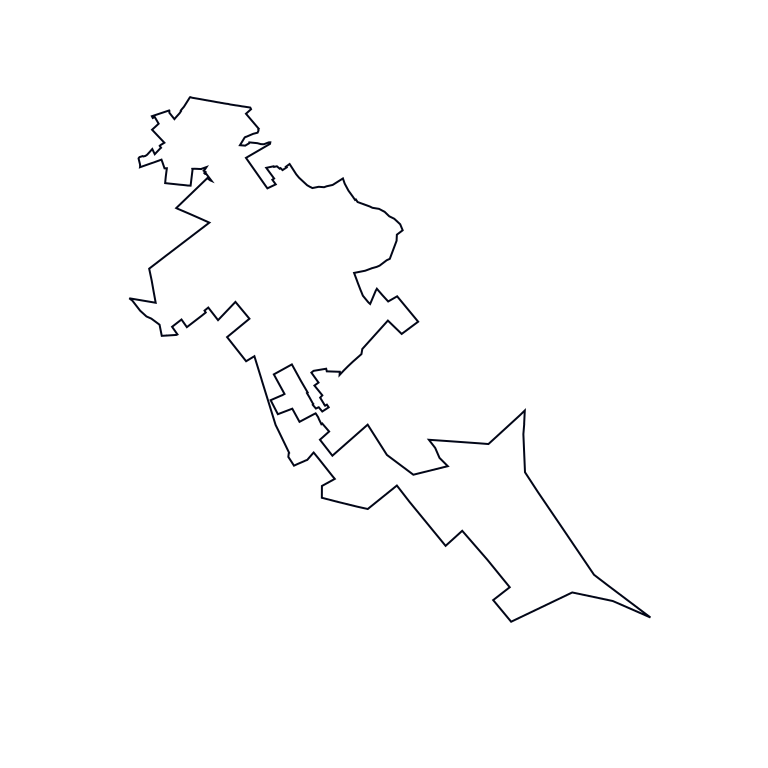 outline of Timucuy, Yucatán, Mexico, rotated 315°
{"feature_id": "50627088B51524956597076", "entity_name": "Timucuy", "entity_type": "district", "adm_level": 2, "iso_a3": "MEX", "parent_name": "Mexico", "parent_adm1": "Yucatán", "projection": "mercator", "projection_center": [-89.531, 20.743], "detail": "fine", "context": "isolated", "style": "outline", "palette": "ink", "viewbox_px": 768, "rotation_deg": 315, "n_neighbors": 0, "source": "geoboundaries", "source_scale": "gbopen_adm2", "svg_char_len": 4585}
<svg xmlns="http://www.w3.org/2000/svg" viewBox="0 0 768 768"><g transform="rotate(315 384 384)"><path d="M449.8,44.1L449.5,44.1L449.4,44.1L449.2,44.1L438.6,46.5L434.6,46.8L433.6,47.0L433.5,47.5L431.0,48.0L425.3,48.3L423.1,48.5L424.0,40.5L425.6,38.8L425.6,38.7L409.2,30.5L408.6,32.4L410.7,33.0L408.7,40.6L399.8,40.2L399.3,58.1L395.2,57.1L394.1,57.0L393.8,57.0L393.4,59.3L392.4,59.2L384.4,59.4L386.3,54.0L384.3,54.1L382.9,54.2L380.6,54.3L378.6,54.4L378.1,54.3L376.5,54.0L374.7,52.9L374.5,52.2L371.6,50.7L370.4,50.8L370.0,50.9L369.6,51.5L366.7,56.3L365.1,58.0L364.8,58.2L375.2,63.2L379.1,65.1L385.3,68.0L384.0,70.8L381.3,76.3L383.0,77.9L379.5,80.6L376.4,83.0L373.7,85.2L371.3,87.2L374.1,90.7L377.2,94.5L380.4,98.5L381.4,99.7L382.5,101.0L384.1,103.0L384.5,103.5L385.5,104.8L387.5,107.0L400.0,97.2L400.6,96.3L402.5,98.1L406.6,102.6L406.8,102.7L406.9,102.8L407.0,102.8L407.3,102.9L410.2,104.3L411.9,105.1L411.4,105.2L409.4,105.6L407.3,105.7L407.7,107.9L406.1,107.8L406.1,109.1L406.9,109.6L405.7,118.5L405.1,117.0L404.6,113.5L361.5,112.7L361.9,113.9L366.2,124.6L367.3,127.4L370.8,136.4L374.6,146.4L319.5,139.0L319.4,139.0L299.5,136.4L293.0,146.4L286.7,155.4L280.0,165.1L264.5,143.3L265.0,147.2L264.3,152.7L263.4,159.7L263.8,168.3L265.7,173.2L267.1,182.5L267.2,183.4L260.9,192.8L264.3,195.8L264.5,195.9L264.5,196.0L271.9,202.5L273.0,202.9L274.6,193.7L286.4,195.2L284.8,204.4L303.1,206.8L308.5,207.4L309.0,205.2L313.8,205.7L311.8,221.5L337.0,220.9L335.0,242.7L306.2,239.9L302.6,270.4L308.7,271.9L312.0,272.7L300.8,293.9L299.9,295.5L278.4,336.3L276.3,342.5L268.2,365.7L267.6,365.7L264.8,367.9L263.3,375.0L263.2,375.2L263.2,375.4L262.6,378.1L266.4,379.5L272.9,382.1L274.1,382.5L275.8,383.3L276.1,383.4L285.4,382.7L285.8,382.7L284.9,391.5L282.4,413.0L282.1,416.3L268.0,412.2L259.6,420.5L268.2,435.1L278.2,451.6L284.1,460.9L321.3,464.9L318.7,485.3L313.1,542.0L335.5,543.1L332.8,581.5L330.2,606.6L329.2,616.6L308.4,614.0L305.8,642.0L369.7,664.5L392.3,699.2L407.3,737.5L399.8,684.0L397.6,667.4L404.5,631.5L408.0,613.4L416.4,569.4L421.3,546.1L447.1,518.0L454.9,511.4L455.0,511.2L464.8,502.3L458.6,502.2L458.3,502.2L415.4,500.3L409.5,493.4L389.2,470.0L376.3,455.2L375.0,465.4L371.0,475.5L371.0,487.2L340.6,468.9L335.9,436.2L343.7,401.2L342.3,401.1L296.8,398.2L299.3,378.1L311.6,378.8L312.4,368.2L311.3,368.1L313.1,362.9L314.0,360.8L314.0,360.7L314.1,360.2L314.9,356.6L314.9,356.4L312.5,355.6L297.5,351.0L301.7,336.6L287.6,330.3L292.4,315.3L303.3,319.6L303.9,319.9L306.6,320.7L312.9,299.3L332.7,305.0L327.4,323.2L324.0,336.1L323.1,335.9L321.9,340.6L321.5,342.0L320.3,346.1L319.9,347.6L319.9,348.1L318.9,348.3L318.5,353.2L321.0,354.1L321.4,354.3L320.9,359.8L328.4,361.4L328.5,361.0L329.0,358.2L327.0,357.7L327.2,356.3L327.3,356.3L327.9,353.8L329.2,348.5L332.4,348.4L333.7,335.9L338.7,336.7L340.7,324.6L343.5,324.9L353.9,332.3L352.5,334.6L359.6,342.2L361.4,344.1L359.0,346.2L365.2,346.0L371.2,346.0L377.9,346.2L380.9,346.4L389.2,346.9L393.4,343.9L431.6,341.9L431.9,361.1L452.2,364.1L455.3,331.3L445.3,328.6L445.7,319.8L446.1,314.1L446.3,311.6L444.1,312.2L432.6,316.9L430.8,317.6L430.7,316.0L430.7,314.8L431.5,306.6L433.3,302.4L433.8,301.1L435.8,296.6L436.9,294.1L438.3,291.1L441.4,284.3L450.8,290.6L456.9,293.4L457.0,293.4L461.6,296.0L464.6,297.2L473.4,298.4L476.6,299.6L494.2,291.6L498.7,287.5L505.9,288.5L508.4,282.5L508.1,274.4L506.3,269.1L506.2,262.8L504.3,256.6L500.4,251.2L499.5,248.5L494.0,236.7L494.6,233.6L493.7,233.4L494.5,229.0L495.6,222.1L497.9,214.5L500.3,209.6L488.7,207.0L488.4,206.9L483.2,203.6L480.8,202.5L477.3,198.4L471.9,194.8L471.3,192.8L471.1,192.4L470.2,189.1L469.8,178.0L470.2,173.7L472.8,161.7L468.3,161.0L468.3,162.0L463.5,161.0L463.5,158.2L462.5,158.0L462.2,154.3L459.7,152.7L459.9,152.0L453.6,147.9L451.6,161.0L449.5,160.6L448.6,166.3L439.9,163.2L440.4,160.1L446.3,126.5L473.2,133.6L474.5,132.7L473.6,131.8L471.7,130.9L468.7,129.6L466.6,127.4L464.7,124.1L459.6,117.9L458.8,118.4L454.4,117.3L451.0,113.3L459.7,111.2L460.7,111.3L461.4,111.8L465.7,113.5L468.4,114.6L472.3,116.9L474.4,116.1L475.2,115.0L475.9,115.0L477.5,95.3L484.3,95.7L484.9,94.0L484.0,92.7L483.1,91.5L482.3,90.4L481.2,88.9L479.8,87.1L478.8,85.6L478.0,84.5L477.2,83.4L476.4,82.4L476.1,82.0L475.1,80.6L474.3,79.5L473.7,78.7L472.9,77.6L471.7,75.6L470.8,74.5L470.5,74.1L470.0,73.4L469.2,72.3L468.4,71.1L467.3,69.6L466.6,68.5L466.0,67.7L465.2,66.6L463.9,64.7L463.1,63.5L462.3,62.4L461.3,60.9L460.4,59.7L460.1,59.3L459.9,58.9L459.6,58.5L459.3,58.2L459.1,57.8L458.8,57.4L458.6,57.1L457.8,56.0L457.3,55.2L457.0,54.8L455.2,52.2L453.5,49.8L450.8,46.0L449.8,44.1Z" fill="none" stroke="#020617" stroke-width="2"/></g></svg>